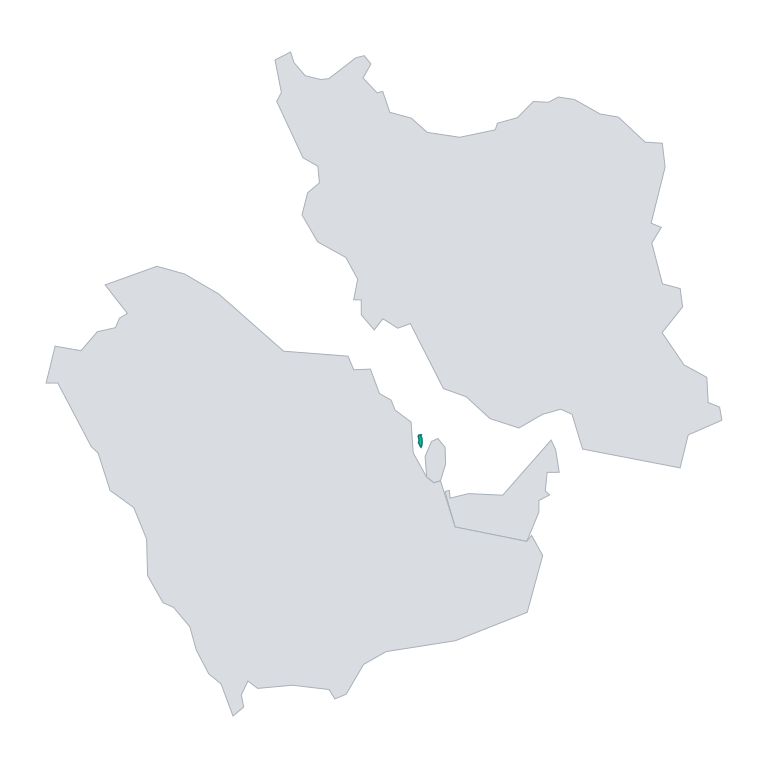 Bahrain highlighted, Natural Earth projection
{"feature_id": "BHR", "entity_name": "Bahrain", "entity_type": "country or territory", "adm_level": 0, "iso_a3": "BHR", "parent_name": "Asia", "parent_adm1": "", "projection": "natural_earth1", "projection_center": [50.55, 26.027], "detail": "fine", "context": "with_neighbors", "style": "filled", "palette": "teal", "viewbox_px": 768, "rotation_deg": 0, "n_neighbors": 4, "source": "natural_earth", "source_scale": "50m", "svg_char_len": 2277}
<svg xmlns="http://www.w3.org/2000/svg" viewBox="0 0 768 768"><path d="M445.0,491.6L449.2,490.3L450.1,498.1L468.7,493.6L502.7,495.2L551.1,440.1L555.7,449.8L559.2,472.3L547.1,472.4L545.3,491.0L549.6,494.9L538.9,500.5L538.9,512.1L526.8,541.4L455.1,527.0L445.0,491.6Z" fill="#d9dde1" stroke="#a8b0b8" stroke-width="1"/><path d="M426.7,477.2L425.1,456.4L431.5,441.5L437.9,438.5L445.1,447.4L445.6,464.0L440.5,480.8L433.9,482.8L426.7,477.2Z" fill="#d9dde1" stroke="#a8b0b8" stroke-width="1"/><path d="M374.2,329.9L361.3,314.9L361.2,299.8L353.7,299.8L357.7,279.2L345.9,257.5L317.7,241.9L302.0,214.9L307.7,192.7L319.4,182.9L317.9,166.3L303.0,157.8L276.7,101.3L281.4,92.5L275.0,60.0L290.6,52.0L294.0,62.7L305.2,75.7L320.7,79.5L328.9,78.6L355.8,57.8L364.3,55.7L370.9,64.0L363.0,78.0L377.0,92.8L382.7,91.4L389.8,112.3L411.4,118.2L427.2,132.4L459.7,137.3L495.3,129.8L497.4,123.2L517.4,117.7L533.3,101.5L548.5,102.3L558.4,97.0L574.6,99.6L600.1,114.0L618.4,117.1L645.2,142.2L662.3,143.2L665.1,167.1L651.1,223.2L661.3,227.4L651.8,243.0L662.4,283.8L680.2,288.6L682.6,306.9L662.1,332.7L684.0,364.9L706.8,377.4L708.2,402.5L719.6,407.1L721.9,420.2L688.2,434.9L680.1,467.9L582.6,449.1L572.0,414.2L560.7,409.2L542.6,414.3L518.9,428.0L490.0,418.6L466.1,396.7L443.4,388.6L410.4,323.6L397.8,328.2L382.9,318.8L374.2,329.9Z" fill="#d9dde1" stroke="#a8b0b8" stroke-width="1"/><path d="M55.1,346.2L81.0,350.7L97.4,331.7L115.4,327.7L119.5,318.2L127.4,313.4L105.1,284.9L156.8,266.3L184.5,274.0L218.7,294.0L283.6,351.2L348.0,356.2L353.8,369.8L370.4,369.1L379.5,393.6L391.1,400.1L395.1,410.1L411.1,422.1L413.2,452.9L426.7,477.2L433.9,482.8L440.5,480.8L455.1,527.0L526.8,541.4L531.6,535.4L542.7,555.5L527.2,612.3L455.4,640.7L386.1,651.6L363.6,664.4L346.2,694.2L334.9,698.9L329.0,689.5L292.1,685.2L257.7,688.4L247.9,681.0L241.3,695.0L243.7,707.0L233.0,716.0L221.1,684.0L208.8,673.9L196.3,650.1L189.9,626.9L173.6,607.4L163.0,602.7L147.6,575.6L146.6,539.0L133.7,507.5L110.1,490.5L98.1,453.0L91.3,446.7L57.8,383.0L46.1,383.1L55.1,346.2Z" fill="#d9dde1" stroke="#a8b0b8" stroke-width="1"/><path d="M421.9,445.0L421.1,447.2L420.4,446.5L418.5,442.7L419.1,440.0L418.2,436.3L418.6,435.2L420.9,434.7L421.4,434.9L420.7,436.1L421.9,438.2L422.1,441.6L421.9,445.0Z" fill="#14b8a6" stroke="#0f766e" stroke-width="1.5"/></svg>